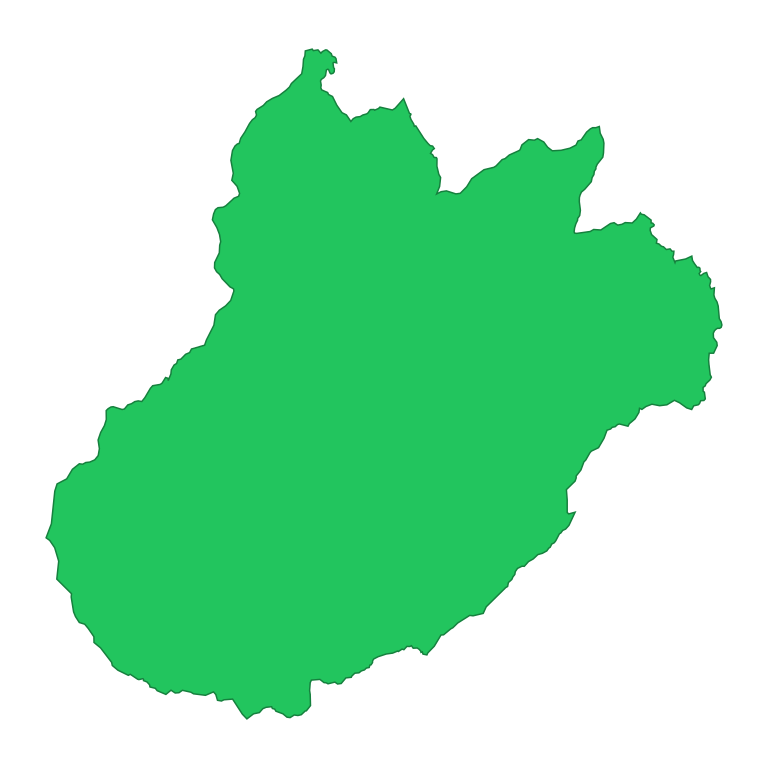 Sao Lourenco Dos Orgaos, São Salvador do Mundo, Cabo Verde (Equal Earth projection)
{"feature_id": "66160863B72941798312267", "entity_name": "Sao Lourenco Dos Orgaos", "entity_type": "district", "adm_level": 2, "iso_a3": "CPV", "parent_name": "Cabo Verde", "parent_adm1": "São Salvador do Mundo", "projection": "equal_earth", "projection_center": [-23.584, 15.067], "detail": "fine", "context": "isolated", "style": "filled", "palette": "green", "viewbox_px": 768, "rotation_deg": 0, "n_neighbors": 0, "source": "geoboundaries", "source_scale": "gbopen_adm2", "svg_char_len": 6060}
<svg xmlns="http://www.w3.org/2000/svg" viewBox="0 0 768 768"><path d="M336.7,62.9L336.0,58.6L335.0,57.2L332.1,56.1L331.3,53.7L326.9,50.0L325.5,49.9L322.3,51.6L320.9,53.2L318.0,49.9L313.3,50.6L312.2,49.1L305.3,50.9L304.9,55.9L303.5,59.2L303.0,66.5L301.7,73.8L291.4,83.5L289.5,87.0L286.2,90.1L279.2,95.5L272.4,98.4L266.7,101.8L263.3,105.5L257.1,109.4L255.6,111.4L256.5,115.1L255.1,117.7L252.4,119.7L249.6,123.4L244.9,132.0L240.7,138.3L239.2,143.4L237.3,144.0L235.0,146.0L232.5,150.5L230.9,160.3L233.3,173.3L231.8,180.3L237.1,186.3L239.6,193.4L238.6,196.3L234.0,198.2L225.8,205.8L223.2,207.2L218.0,207.7L215.4,209.6L213.6,213.9L212.4,219.8L216.9,227.6L219.5,234.4L220.7,241.7L219.7,245.2L219.3,252.9L214.7,262.5L214.5,267.9L216.6,271.7L219.7,274.5L222.2,278.8L230.0,286.9L233.5,288.8L233.9,291.0L230.7,300.5L225.6,305.9L219.3,310.2L215.5,314.7L213.9,325.2L206.4,340.0L204.6,345.2L191.5,349.0L189.6,352.6L185.6,354.3L180.8,359.2L177.8,359.9L176.6,363.5L174.1,365.0L171.3,369.8L170.9,374.0L168.2,380.6L168.0,378.3L165.6,377.5L162.1,383.1L160.3,384.4L152.7,385.7L150.4,388.3L144.9,397.6L141.8,401.5L138.2,400.9L134.8,401.6L131.5,403.7L127.8,404.9L124.4,409.0L122.1,409.5L113.2,406.7L110.9,407.0L108.1,408.7L106.2,410.6L106.3,419.6L104.4,425.7L100.7,432.4L98.1,440.0L99.4,448.7L98.2,455.6L94.7,459.9L89.7,462.1L85.8,462.5L82.7,464.2L79.3,463.8L72.4,469.3L66.7,478.9L57.1,483.9L54.8,491.1L51.4,523.8L46.1,537.8L49.7,540.4L54.7,547.7L58.7,561.2L56.8,579.1L71.5,593.7L71.2,597.0L73.6,611.9L75.5,616.6L79.3,622.5L84.7,624.2L88.2,628.4L93.9,636.7L94.0,642.5L100.5,647.8L111.6,662.3L112.3,665.5L117.9,670.2L128.3,675.3L130.3,674.3L137.6,679.2L138.9,679.6L142.9,678.7L143.6,679.6L143.5,680.6L146.9,681.9L149.5,684.7L150.0,687.0L155.3,688.3L157.2,690.7L165.9,694.4L171.0,690.2L175.2,693.0L179.0,692.7L182.4,690.3L190.9,692.2L193.5,693.8L205.5,695.3L213.5,691.9L215.8,694.5L217.5,700.3L221.5,701.0L223.9,699.8L232.6,699.1L242.4,714.2L246.9,718.9L253.6,713.8L259.4,712.6L262.8,708.7L266.1,707.3L271.6,706.7L272.4,708.5L274.7,709.1L275.9,711.2L282.9,713.8L287.0,717.2L290.1,717.6L294.2,715.0L297.9,715.5L301.3,714.7L305.2,711.0L306.4,710.8L310.5,705.6L310.2,694.5L309.6,690.5L310.2,682.7L311.4,680.1L319.9,679.4L324.0,682.6L326.2,682.8L328.0,683.8L334.9,682.1L337.6,684.0L341.2,683.5L345.9,677.9L351.3,677.3L351.8,676.1L354.8,673.2L359.0,672.8L361.4,670.9L364.5,669.9L366.3,668.1L369.2,667.5L369.9,665.1L371.1,664.8L372.5,662.6L372.6,660.8L373.7,659.0L378.1,656.7L386.3,654.0L392.7,653.1L397.5,651.1L398.4,651.5L402.1,649.1L403.9,649.7L406.9,646.4L409.9,646.5L411.4,645.7L413.2,648.2L417.2,648.0L419.1,649.3L420.7,651.1L421.0,652.4L422.3,651.9L423.0,654.1L426.9,654.9L427.8,652.9L434.3,646.2L441.0,635.0L443.6,634.8L450.7,628.9L452.9,627.7L457.7,623.0L469.7,615.4L473.1,615.8L483.2,613.4L486.2,606.8L505.7,587.6L507.6,586.5L508.4,582.5L511.8,579.5L512.9,576.9L514.8,574.5L515.3,571.6L517.5,568.4L522.0,566.2L524.3,566.3L528.5,561.6L533.3,558.9L537.8,554.6L542.4,553.3L546.8,550.9L548.7,548.2L550.2,547.2L551.7,544.1L554.3,542.7L555.8,540.7L559.4,533.8L560.8,533.0L562.7,530.4L565.6,529.1L569.0,525.3L575.1,512.2L568.8,513.9L567.2,512.5L567.2,500.0L566.4,489.6L575.1,481.1L576.2,477.9L576.1,476.1L580.9,470.0L583.9,461.9L585.7,460.1L590.0,452.6L591.4,451.1L598.5,447.7L604.0,438.3L607.0,430.2L610.6,429.0L612.2,427.3L615.2,426.7L617.6,424.5L619.5,424.0L628.0,426.2L629.3,423.7L635.0,418.9L638.9,412.5L639.5,408.3L641.9,409.4L646.0,406.5L651.9,404.2L659.6,405.7L666.9,404.8L674.4,400.3L679.6,402.8L686.7,407.9L691.7,409.5L693.7,405.8L698.2,404.8L699.5,403.6L700.7,400.7L703.9,400.5L705.3,398.9L704.4,392.2L703.1,391.2L703.1,387.4L705.2,385.9L706.0,383.7L709.9,380.0L711.4,377.2L710.2,374.8L708.9,364.1L708.6,359.9L709.2,353.2L713.6,353.2L717.2,345.6L716.8,342.3L713.5,337.7L713.3,333.2L714.5,330.7L715.9,329.3L717.4,328.3L719.7,328.3L721.2,327.3L721.9,325.0L721.1,321.7L719.3,318.6L718.2,306.1L717.0,301.9L714.8,298.2L713.9,295.0L714.4,287.8L711.0,288.9L710.5,288.1L709.6,285.5L710.6,281.8L710.5,279.4L708.0,276.7L706.6,272.5L703.8,273.4L700.9,275.6L700.1,275.3L699.1,273.6L700.7,271.5L700.1,270.8L699.9,268.2L698.8,267.3L697.2,267.4L694.5,263.7L692.5,260.5L691.8,256.1L685.6,259.0L675.5,261.0L675.0,262.6L672.8,257.2L673.6,254.6L673.9,251.2L672.0,251.2L670.1,248.9L666.3,249.5L663.5,246.8L661.5,246.3L659.0,244.0L656.4,243.2L657.0,239.5L651.6,234.6L650.1,230.3L650.4,227.9L653.8,226.0L654.2,224.9L652.7,223.2L651.1,222.9L651.1,220.1L644.2,214.8L641.3,214.2L640.4,212.9L636.4,219.1L632.2,223.0L625.2,222.6L622.0,224.3L617.7,225.1L614.1,222.7L610.5,223.5L600.8,230.0L593.7,229.5L590.2,231.5L576.7,233.4L574.6,233.1L574.1,231.8L574.6,227.9L575.9,223.7L577.6,220.2L577.6,218.5L579.7,215.5L580.4,210.3L579.3,201.7L579.4,197.6L580.0,195.3L581.4,192.1L584.8,189.2L591.3,181.7L592.1,177.6L593.9,174.6L594.3,171.3L595.9,168.9L595.9,167.2L597.3,164.1L602.8,157.2L603.5,152.9L603.9,143.2L603.2,139.3L600.2,133.2L599.3,126.5L595.8,127.7L592.6,127.7L590.3,128.9L586.6,132.1L581.2,139.9L578.0,141.0L576.0,145.1L569.9,148.2L561.1,150.3L552.3,150.8L547.6,147.2L543.8,142.0L537.6,138.6L534.4,140.2L528.6,139.6L521.9,144.9L520.1,149.7L519.0,150.6L509.3,155.0L505.1,158.6L502.1,159.6L496.1,165.9L493.9,167.3L484.0,169.7L471.7,178.7L466.7,186.8L460.3,193.3L455.9,193.9L446.4,190.9L441.1,191.7L436.6,194.0L439.6,186.5L440.6,177.5L438.8,174.3L436.9,166.2L437.0,158.8L436.4,157.6L434.1,157.4L432.5,154.6L430.5,153.4L432.5,150.0L434.3,148.6L432.6,146.1L430.1,145.6L428.0,143.5L423.8,138.4L415.8,125.9L414.3,126.3L413.8,124.2L410.9,119.3L409.9,116.2L410.9,114.6L410.7,113.8L409.5,113.5L403.6,98.7L395.2,108.2L392.4,110.0L379.9,107.1L378.5,108.5L374.6,110.2L373.9,109.5L370.3,109.6L368.1,112.8L366.7,113.9L362.8,115.0L360.2,116.6L356.1,117.1L353.2,118.7L350.9,121.5L346.4,114.9L342.0,112.7L336.8,105.2L332.5,96.5L328.5,94.5L327.7,92.6L321.7,89.9L320.8,87.8L321.2,85.1L320.5,81.0L321.3,79.4L323.9,77.6L325.5,75.5L326.4,69.9L327.9,69.2L328.7,69.8L329.9,72.9L331.0,73.9L333.0,73.3L334.2,71.8L334.4,68.7L333.6,67.6L333.0,63.0L334.0,62.3L336.7,62.9Z" fill="#22c55e" stroke="#15803d" stroke-width="1.5"/></svg>